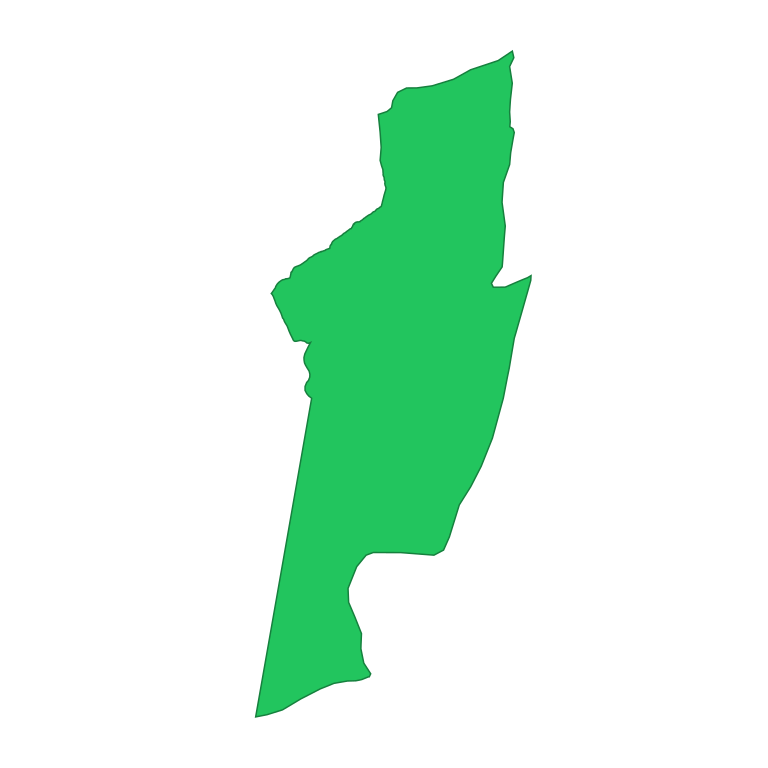 the district of Tunduma, Mbeya, United Republic of Tanzania, rotated 68°
{"feature_id": "72390352B1593050996578", "entity_name": "Tunduma", "entity_type": "district", "adm_level": 2, "iso_a3": "TZA", "parent_name": "United Republic of Tanzania", "parent_adm1": "Mbeya", "projection": "mercator", "projection_center": [32.774, -9.303], "detail": "fine", "context": "isolated", "style": "filled", "palette": "green", "viewbox_px": 768, "rotation_deg": 68, "n_neighbors": 0, "source": "geoboundaries", "source_scale": "gbopen_adm2", "svg_char_len": 4274}
<svg xmlns="http://www.w3.org/2000/svg" viewBox="0 0 768 768"><g transform="rotate(68 384 384)"><path d="M650.0,507.4L647.7,504.9L635.2,507.3L620.8,504.6L616.9,502.9L607.0,498.4L589.4,498.3L573.2,498.6L565.6,495.9L560.0,493.9L550.5,484.8L543.1,477.7L536.0,464.7L536.2,457.1L546.7,431.4L561.4,401.8L560.3,391.0L550.3,380.7L524.3,359.5L515.4,347.2L511.8,342.2L510.1,340.2L496.7,324.7L475.7,304.6L475.0,303.9L447.1,282.7L442.0,278.8L424.1,267.2L421.1,265.2L416.3,262.0L409.6,257.9L390.4,246.1L386.0,242.6L381.1,238.8L367.4,228.1L355.8,219.1L353.0,216.9L342.9,209.1L338.6,207.1L339.2,211.1L339.2,217.1L339.3,223.3L339.6,235.4L335.2,246.4L330.9,246.7L326.0,240.0L319.7,230.6L316.6,229.0L311.5,226.5L294.7,218.3L289.9,215.9L283.0,212.4L273.2,209.9L259.8,206.5L256.2,204.8L241.8,197.8L227.6,185.3L217.0,179.9L205.7,172.9L199.6,169.0L195.6,168.8L192.6,171.0L188.1,168.7L178.8,165.6L171.5,162.1L167.4,160.1L153.2,152.4L136.7,148.6L130.1,141.4L123.4,140.3L126.9,157.0L125.1,186.0L127.5,205.4L125.6,227.6L121.8,242.6L118.0,252.2L118.4,257.8L118.7,262.1L119.7,263.4L124.7,269.7L130.7,273.5L132.5,279.1L132.2,284.2L131.9,288.3L149.2,293.3L163.6,298.0L175.2,303.8L180.7,304.5L184.8,304.7L186.2,305.2L187.7,305.7L188.8,306.0L189.7,306.5L190.8,306.6L191.9,306.6L192.4,306.4L193.2,306.7L193.9,307.0L195.2,307.3L196.0,307.2L197.0,307.3L198.3,308.1L200.0,308.5L201.1,308.5L202.1,308.6L202.9,308.6L204.9,309.9L207.0,311.6L208.4,312.7L208.6,312.9L212.1,315.4L214.2,317.0L215.7,318.0L216.1,318.3L216.7,318.8L217.5,319.4L218.2,319.9L218.5,320.6L218.5,321.1L218.5,321.5L219.0,322.8L219.2,323.7L219.1,324.2L219.1,324.7L219.2,325.1L219.4,325.7L219.7,326.3L220.1,327.0L220.3,327.4L220.5,327.9L220.5,328.4L220.4,329.1L220.6,330.2L220.9,330.8L221.1,331.2L221.3,331.9L221.5,332.5L221.6,333.0L221.6,333.8L221.6,334.5L221.7,335.1L222.3,337.9L222.4,338.3L222.6,339.0L222.9,339.8L222.9,340.6L223.0,340.9L223.2,341.0L223.3,341.4L223.4,341.8L223.7,342.5L223.9,343.8L224.2,345.1L224.5,345.4L224.3,346.1L224.2,346.8L224.1,347.2L223.9,347.6L223.6,348.2L223.7,348.9L223.5,349.4L223.7,350.6L224.1,351.6L224.5,351.7L224.3,352.4L224.9,353.0L225.4,353.5L226.0,354.1L226.4,354.5L226.8,355.2L227.6,356.1L227.5,356.6L227.5,357.2L227.6,357.8L227.9,358.7L228.2,359.8L228.5,361.1L228.7,362.1L229.1,362.5L229.3,364.8L229.6,365.6L230.0,366.6L230.2,366.9L230.4,368.1L230.6,368.5L230.6,369.1L230.6,369.6L230.8,370.1L230.9,370.7L231.1,371.9L231.4,372.4L231.4,372.9L231.5,373.6L231.5,374.1L231.5,374.7L231.5,374.9L231.8,375.7L232.2,377.0L232.7,378.3L233.6,379.4L233.7,379.5L234.1,380.0L235.0,380.5L235.1,381.4L235.8,382.2L237.9,383.5L237.8,384.6L237.8,385.5L237.7,387.0L237.8,388.1L238.1,388.4L238.1,388.5L238.0,389.1L237.9,390.6L237.9,392.1L237.9,392.8L237.6,392.8L237.7,393.9L237.6,395.1L237.6,395.6L237.8,396.6L237.9,398.2L237.9,398.9L238.0,399.5L238.1,400.5L238.3,401.3L238.5,401.6L238.7,402.1L238.8,402.2L238.8,402.6L238.9,403.0L239.0,403.8L239.0,404.6L239.0,405.3L239.2,406.0L239.3,406.9L240.1,408.2L240.7,409.9L241.1,411.7L241.8,414.5L241.9,415.2L242.1,416.0L242.3,416.9L242.3,419.7L242.2,421.3L242.3,422.9L242.3,423.4L243.2,424.9L244.5,426.3L245.1,427.1L245.5,427.3L245.4,427.9L245.8,428.5L246.5,428.8L247.7,429.6L249.1,430.5L250.3,431.4L250.4,432.2L250.2,433.9L249.6,435.9L249.8,436.8L249.7,437.5L249.4,438.8L249.5,440.2L250.3,443.4L251.3,445.5L252.9,447.7L254.5,449.1L254.9,450.0L255.6,451.0L256.8,452.8L257.7,454.2L257.8,454.4L257.9,454.6L259.2,454.1L261.6,453.8L263.6,453.9L266.0,453.9L268.5,454.1L271.2,454.0L274.3,453.5L276.6,453.2L279.6,453.0L282.5,453.1L284.8,453.3L286.3,452.8L288.8,452.9L291.0,452.6L293.8,452.1L295.9,452.1L299.2,452.2L302.9,452.1L305.3,451.9L306.6,451.8L307.7,451.7L309.2,451.7L310.5,451.2L311.1,450.5L311.6,448.9L311.8,447.6L312.2,445.4L312.8,444.2L313.6,443.2L314.4,441.8L314.9,441.4L315.9,440.7L316.9,440.3L317.9,438.9L318.0,437.4L318.0,436.6L321.0,440.2L325.1,444.7L326.5,446.2L329.5,448.3L332.0,449.2L334.7,449.8L337.1,449.7L339.9,449.3L344.2,448.6L347.3,449.1L349.9,450.3L352.4,452.7L353.6,455.1L356.7,458.1L360.4,459.6L364.1,459.2L366.9,458.3L370.1,456.4L436.0,497.5L493.1,533.1L644.6,627.7L646.8,616.3L648.1,600.2L644.8,579.2L642.8,557.3L642.8,542.5L645.7,529.1L648.6,521.3L649.3,517.8L649.7,515.2L649.7,508.1L650.0,507.4Z" fill="#22c55e" stroke="#15803d" stroke-width="1.5"/></g></svg>